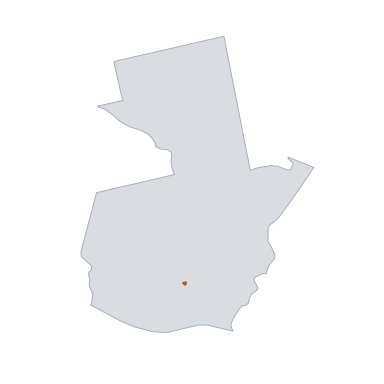 location of Magdalena Milpas Altas, Sacatepéquez, Guatemala, rotated 347°
{"feature_id": "79465075B1840985123579", "entity_name": "Magdalena Milpas Altas", "entity_type": "district", "adm_level": 2, "iso_a3": "GTM", "parent_name": "Guatemala", "parent_adm1": "Sacatepéquez", "projection": "robinson", "projection_center": [-90.68, 14.541], "detail": "fine", "context": "in_parent", "style": "filled", "palette": "amber", "viewbox_px": 384, "rotation_deg": 347, "n_neighbors": 0, "source": "geoboundaries", "source_scale": "gbopen_adm2", "svg_char_len": 1948}
<svg xmlns="http://www.w3.org/2000/svg" viewBox="0 0 384 384"><g transform="rotate(347 192 192)"><path d="M67.8,279.3L69.4,277.5L70.8,273.3L72.5,269.0L71.4,264.0L70.8,260.0L72.7,254.1L72.6,249.7L73.5,246.9L76.3,245.2L77.8,241.8L69.8,230.2L69.8,227.6L70.8,224.3L77.4,211.9L85.1,197.2L93.7,180.9L98.9,171.2L117.6,171.1L130.0,171.1L145.7,171.1L162.9,171.1L174.1,171.1L178.7,171.0L177.9,164.6L178.5,157.6L180.6,151.2L180.6,148.4L177.2,145.0L170.8,143.0L167.1,139.9L167.1,136.0L165.5,131.4L162.4,125.9L155.9,120.3L146.0,114.6L137.6,106.9L130.7,97.2L124.8,91.0L120.3,88.4L119.2,87.0L132.4,87.2L145.0,87.3L145.0,73.5L145.1,61.2L145.2,47.3L167.9,47.3L195.0,47.3L223.1,47.4L245.1,47.4L258.1,47.4L257.5,64.6L256.9,84.5L256.4,99.2L255.8,118.7L255.1,138.7L254.2,166.0L253.7,183.6L254.0,184.0L261.3,183.2L272.3,184.0L275.0,183.9L278.3,185.4L280.9,185.9L286.5,189.9L293.0,192.9L297.1,186.8L294.9,183.2L293.3,181.3L293.5,179.7L316.2,195.4L313.6,197.8L307.8,203.4L297.4,212.9L288.0,221.5L279.0,229.3L270.9,236.3L270.0,237.0L259.7,242.0L258.0,244.3L255.8,254.1L254.7,256.6L256.6,262.1L258.5,270.6L257.9,275.0L250.8,280.4L247.5,285.3L246.1,288.5L244.8,287.7L242.6,287.4L237.5,288.7L235.0,288.9L233.0,290.4L232.8,293.4L234.2,298.4L234.6,300.9L233.2,302.1L226.9,305.1L224.5,308.0L222.1,312.6L219.3,314.5L216.5,314.1L214.4,314.8L210.1,318.2L203.5,324.8L200.0,329.8L200.0,333.4L200.6,336.7L176.8,325.1L168.8,323.1L135.4,323.3L121.0,318.7L104.6,309.9L93.6,301.8L67.8,279.3Z" fill="#d9dde1" stroke="#a8b0b8" stroke-width="1"/><path d="M165.4,280.5L165.4,280.2L165.6,279.9L165.7,279.6L165.7,279.3L165.6,279.1L165.6,278.8L165.7,278.7L165.8,278.7L165.7,278.4L165.4,278.4L165.0,278.4L164.6,278.4L164.2,278.4L163.9,278.4L163.6,278.4L163.4,278.5L163.3,278.4L163.1,278.6L162.9,278.7L162.9,278.8L162.8,279.1L163.3,279.4L163.6,279.7L163.6,279.9L163.7,280.0L163.8,280.8L164.1,280.9L164.4,281.0L165.0,280.8L165.4,280.5Z" fill="#f59e0b" stroke="#b45309" stroke-width="1.5"/></g></svg>